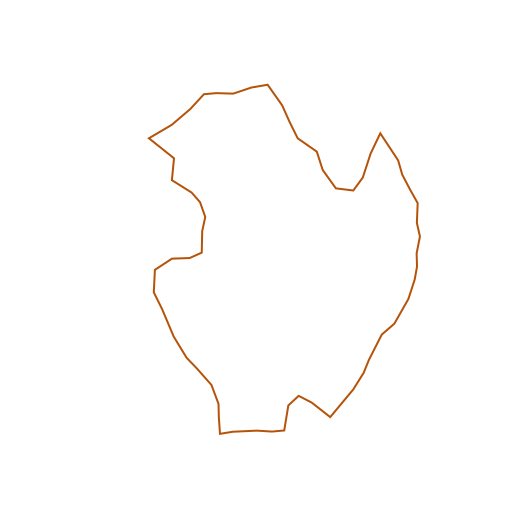 outline of Pyrga Ammochostou, Cyprus, rotated 32°
{"feature_id": "46923920B31691504288871", "entity_name": "Pyrga Ammochostou", "entity_type": "district", "adm_level": 2, "iso_a3": "CYP", "parent_name": "Cyprus", "parent_adm1": "", "projection": "mercator", "projection_center": [33.722, 35.186], "detail": "fine", "context": "isolated", "style": "outline", "palette": "amber", "viewbox_px": 512, "rotation_deg": 32, "n_neighbors": 0, "source": "geoboundaries", "source_scale": "gbopen_adm2", "svg_char_len": 895}
<svg xmlns="http://www.w3.org/2000/svg" viewBox="0 0 512 512"><g transform="rotate(32 256 256)"><path d="M102.8,212.9L134.7,216.6L144.5,236.3L167.7,236.3L180.0,240.0L192.3,249.8L197.2,263.4L208.2,281.9L200.8,292.9L186.1,302.8L177.6,321.3L188.6,341.0L204.5,350.8L229.0,368.0L251.1,379.1L265.8,382.8L286.6,389.0L302.6,401.3L309.9,412.4L319.7,425.9L329.5,417.3L349.2,403.7L362.6,396.4L372.4,389.0L362.6,365.6L366.3,352.0L381.0,350.8L404.3,353.3L409.2,317.6L409.2,297.9L406.8,284.3L404.3,256.0L409.2,240.0L408.0,211.7L403.1,192.0L398.2,179.7L390.8,168.6L384.7,152.6L374.9,142.7L365.1,125.5L351.6,118.1L336.9,109.5L325.9,99.6L296.4,86.1L298.9,108.3L305.0,132.9L303.8,148.9L287.9,156.3L267.0,147.7L252.3,135.3L229.0,134.1L213.1,124.3L198.4,114.4L175.1,104.6L162.8,115.6L150.6,130.4L135.9,139.0L126.1,146.4L122.4,166.1L115.0,189.5L102.8,212.9Z" fill="none" stroke="#b45309" stroke-width="2"/></g></svg>